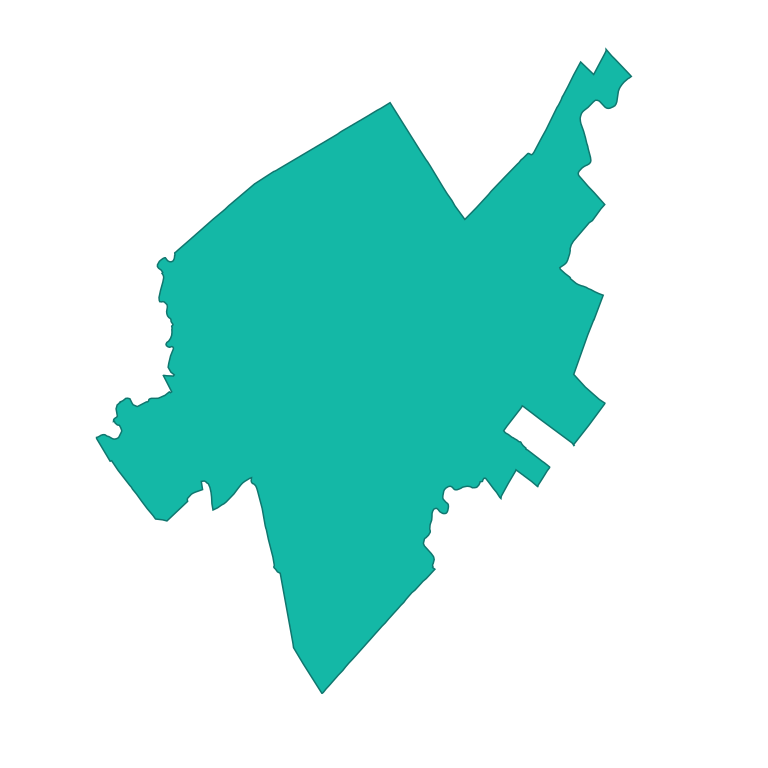 Ulmi, Giurgiu, Romania, rotated 81°
{"feature_id": "2599482B15778475924534", "entity_name": "Ulmi", "entity_type": "district", "adm_level": 2, "iso_a3": "ROU", "parent_name": "Romania", "parent_adm1": "Giurgiu", "projection": "equal_earth", "projection_center": [25.773, 44.5], "detail": "fine", "context": "isolated", "style": "filled", "palette": "teal", "viewbox_px": 768, "rotation_deg": 81, "n_neighbors": 0, "source": "geoboundaries", "source_scale": "gbopen_adm2", "svg_char_len": 6147}
<svg xmlns="http://www.w3.org/2000/svg" viewBox="0 0 768 768"><g transform="rotate(81 384 384)"><path d="M444.3,651.0L446.3,649.7L448.6,648.8L454.1,645.6L461.9,641.7L470.2,637.3L477.8,632.7L481.6,630.8L483.5,624.0L485.3,619.8L469.2,596.3L467.5,596.4L466.3,596.0L462.7,591.5L461.9,589.5L461.3,587.3L459.9,579.7L451.6,579.7L451.7,576.6L452.6,575.4L453.9,574.5L455.1,573.1L459.0,572.1L464.0,571.8L468.7,572.0L475.5,572.7L481.7,572.6L480.3,567.8L478.1,563.3L477.2,560.7L475.8,558.3L469.1,549.4L464.4,544.6L461.1,541.0L459.7,539.2L458.4,536.8L456.2,531.5L455.8,529.5L458.7,530.3L459.9,530.3L461.5,529.6L461.8,529.3L462.1,528.5L463.7,527.2L464.7,526.6L467.0,526.0L469.9,525.6L487.8,523.8L505.2,523.5L507.8,523.3L509.3,523.0L519.3,522.5L537.6,520.8L546.0,520.7L547.3,521.4L548.1,521.4L550.1,520.0L552.9,518.6L554.7,516.1L625.7,514.5L630.3,514.6L648.4,507.3L679.7,493.8L679.8,493.4L679.1,492.2L676.0,488.8L673.5,485.6L664.4,474.7L660.4,469.4L657.4,466.2L654.1,462.3L650.8,458.0L638.1,442.4L623.0,424.0L620.1,420.0L616.6,416.0L607.6,404.8L605.4,402.2L602.8,398.6L600.2,396.0L594.4,389.1L592.4,385.6L585.0,376.4L582.7,372.6L574.9,362.7L573.3,364.3L572.6,364.7L572.2,364.2L570.8,364.4L570.0,364.2L568.8,363.4L565.3,361.9L562.7,362.0L561.8,362.3L558.9,363.8L550.3,369.4L548.4,369.9L547.5,370.0L543.4,368.3L542.7,367.5L542.4,366.6L540.2,363.6L537.7,361.6L536.5,361.3L534.4,361.5L531.0,360.7L530.0,360.4L525.9,358.2L522.7,357.4L519.4,356.8L517.4,355.9L515.6,354.6L515.2,353.8L515.0,352.8L515.0,351.8L515.2,351.3L516.4,350.2L518.8,348.9L520.7,346.7L521.2,345.8L521.4,344.9L521.5,343.8L521.4,343.0L520.8,342.1L520.0,341.4L518.7,340.7L516.2,339.8L515.1,339.5L513.3,339.4L512.1,339.8L510.4,341.4L507.4,343.3L506.4,343.7L505.3,343.7L503.5,343.3L499.1,341.7L497.8,340.8L496.4,339.0L495.4,336.5L495.3,334.7L495.9,333.5L496.9,332.5L498.6,331.5L499.5,330.5L499.8,329.3L499.9,328.5L499.5,326.2L498.9,324.0L498.3,322.8L498.1,321.4L498.0,318.6L498.1,317.3L498.9,314.8L500.3,313.0L500.6,310.8L500.6,309.2L500.3,308.2L498.6,306.1L496.9,304.9L495.7,304.4L495.6,302.0L494.0,301.2L493.2,300.5L492.7,299.8L492.9,299.4L492.8,298.9L493.2,298.3L497.3,296.0L504.4,292.3L508.6,289.8L514.0,287.4L515.4,286.4L513.4,285.8L512.5,285.2L501.5,276.7L490.6,267.7L489.4,267.1L503.3,253.5L509.4,248.3L509.4,248.1L508.1,247.6L502.5,242.6L495.2,236.3L492.5,233.5L491.9,233.4L486.9,237.9L485.1,239.8L472.3,251.9L471.6,252.6L470.7,254.0L470.2,254.1L469.7,253.8L466.6,256.3L464.3,257.5L463.2,257.8L462.7,258.1L462.4,258.6L462.2,259.5L462.0,259.8L460.3,261.3L458.9,263.0L458.6,263.5L457.5,264.6L456.6,266.0L453.4,269.0L451.7,271.2L451.0,271.9L448.9,273.1L444.7,269.0L429.7,253.0L428.4,251.7L427.2,250.9L428.2,249.7L444.0,234.6L471.1,208.0L472.2,207.1L474.5,206.1L474.3,205.8L473.7,206.3L456.7,188.0L438.3,169.3L437.5,168.8L432.9,173.8L418.5,185.7L404.2,195.1L367.6,175.2L353.4,166.8L353.5,166.6L330.6,153.6L328.4,157.5L325.9,161.3L323.2,164.8L321.8,167.2L320.2,169.1L318.4,172.3L318.0,173.4L316.3,176.4L314.8,178.4L309.2,183.4L308.4,183.3L307.5,183.8L303.3,187.8L298.2,191.9L296.6,192.2L294.1,186.9L292.6,184.8L290.3,183.2L284.3,180.2L281.3,179.2L279.7,179.1L275.7,177.2L272.5,174.5L256.8,156.1L255.2,152.6L244.9,142.3L241.3,137.9L227.7,146.6L220.8,151.4L209.1,158.7L208.1,159.2L206.1,159.2L204.7,158.3L204.0,157.6L201.7,154.7L200.7,152.8L199.9,150.7L199.5,149.0L198.7,147.1L198.4,146.5L197.0,145.2L195.5,144.7L192.4,144.6L183.7,145.5L180.9,145.6L177.9,146.1L172.3,146.5L165.5,147.3L157.6,148.8L155.4,148.9L152.3,148.7L150.4,148.0L147.8,146.7L146.3,145.3L145.3,143.9L142.7,139.2L138.2,133.2L137.1,131.4L136.8,130.5L137.2,128.8L138.1,127.3L138.6,126.8L144.2,123.0L145.2,122.3L146.2,121.1L146.6,120.3L146.9,119.1L146.9,117.5L145.9,113.8L145.6,113.5L145.4,112.6L144.0,111.2L141.7,109.9L131.5,106.7L129.2,105.4L127.6,104.2L125.3,102.0L123.3,99.6L120.6,95.3L120.1,93.8L118.9,91.6L117.0,92.8L99.6,104.8L95.8,107.6L88.2,112.3L89.6,112.5L92.0,114.1L111.1,128.5L96.7,139.4L108.5,148.4L119.1,155.9L126.8,161.7L128.3,163.0L131.4,164.8L135.8,168.0L137.9,169.9L158.4,184.3L165.3,189.7L178.5,199.6L179.4,200.5L180.3,201.4L180.6,202.7L178.9,205.0L178.9,205.9L182.9,211.5L184.1,213.6L186.6,216.2L187.4,217.5L198.3,232.1L210.4,248.0L213.1,251.0L224.4,265.3L234.1,278.4L219.1,286.1L213.4,288.2L206.1,291.8L199.1,294.8L176.2,304.1L171.3,306.2L169.1,307.4L159.1,311.8L107.1,334.0L111.3,344.1L112.6,348.0L117.7,360.5L127.8,386.4L128.8,388.6L129.2,389.3L130.0,390.9L156.6,458.1L156.9,459.7L166.1,480.5L183.6,509.4L186.6,513.7L194.2,526.5L212.3,555.0L219.6,566.7L221.2,569.1L221.5,569.9L221.8,570.2L224.0,570.3L224.6,570.8L225.7,571.0L227.4,571.6L229.3,572.9L229.8,574.0L230.0,575.4L229.8,576.2L229.5,577.0L228.3,578.5L225.1,580.2L225.0,580.8L225.3,582.3L226.3,584.4L227.7,586.7L230.8,589.1L232.6,589.4L234.4,588.5L236.7,586.2L239.2,585.1L240.0,586.0L241.1,585.4L242.8,584.9L244.6,585.0L248.5,586.4L256.4,590.0L263.4,592.7L266.3,592.9L267.6,592.6L268.1,590.8L268.0,589.5L268.6,588.2L271.7,585.9L274.0,585.9L278.5,587.4L280.8,587.5L282.9,587.1L284.7,586.1L285.7,585.0L286.7,584.4L289.2,584.5L292.1,583.1L292.9,583.5L293.3,584.3L293.9,584.7L295.6,584.5L296.9,585.0L299.7,585.3L302.7,586.1L305.5,587.7L308.0,590.0L309.0,592.0L310.6,593.1L312.1,592.9L313.6,591.4L314.2,589.9L313.8,587.8L314.3,586.9L315.2,586.4L316.3,586.5L322.8,590.4L330.0,593.4L333.7,594.6L339.0,592.6L342.1,589.7L343.2,590.8L341.9,597.2L341.0,600.2L341.1,600.6L358.5,594.9L359.2,596.2L358.2,597.3L360.9,602.0L362.8,609.3L361.8,615.9L361.9,617.3L362.5,618.6L363.9,619.2L364.7,620.2L364.5,621.5L367.6,630.8L367.6,631.4L365.3,635.0L363.6,635.8L358.8,637.3L357.9,639.5L357.8,641.3L359.6,644.4L360.0,645.6L360.4,647.4L361.0,647.3L361.2,648.2L362.2,649.5L362.9,650.8L366.6,652.5L374.0,652.4L374.9,653.2L376.0,655.7L377.0,656.6L378.8,657.1L378.7,656.1L380.4,655.7L382.4,654.1L382.9,653.4L383.4,651.8L386.0,650.9L388.4,650.4L389.2,650.4L389.9,650.6L395.0,654.2L395.8,655.4L396.2,656.9L396.3,658.6L396.0,659.8L395.4,660.9L392.9,664.0L392.2,665.6L390.5,667.5L390.2,668.5L390.1,669.8L390.4,671.7L391.1,673.2L391.7,675.1L391.8,676.3L392.9,676.4L393.4,676.2L417.4,666.6L417.2,665.0L427.6,660.2L444.3,651.0Z" fill="#14b8a6" stroke="#0f766e" stroke-width="1.5"/></g></svg>